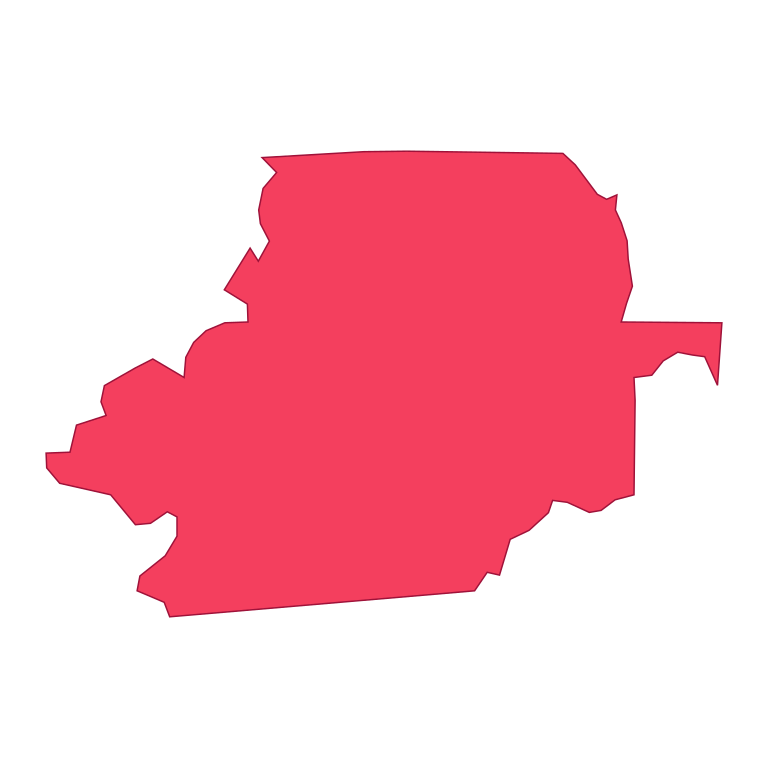 Fagundes Varela, Rio Grande do Sul, Brazil (Equal Earth projection)
{"feature_id": "56859067B34338588970082", "entity_name": "Fagundes Varela", "entity_type": "district", "adm_level": 2, "iso_a3": "BRA", "parent_name": "Brazil", "parent_adm1": "Rio Grande do Sul", "projection": "equal_earth", "projection_center": [-51.72, -28.886], "detail": "fine", "context": "isolated", "style": "filled", "palette": "rose", "viewbox_px": 768, "rotation_deg": 0, "n_neighbors": 0, "source": "geoboundaries", "source_scale": "gbopen_adm2", "svg_char_len": 1003}
<svg xmlns="http://www.w3.org/2000/svg" viewBox="0 0 768 768"><path d="M474.6,590.8L487.2,572.3L499.5,575.1L510.2,539.3L529.1,530.3L548.4,512.7L552.6,500.4L567.3,502.3L589.3,512.4L601.1,510.4L615.1,499.8L634.0,494.8L635.1,400.4L634.0,377.5L651.8,375.2L663.2,360.9L677.7,352.2L692.3,355.0L704.7,356.7L717.5,385.3L721.9,322.8L621.2,322.0L626.5,303.5L632.4,286.2L628.2,259.0L627.1,240.8L621.3,222.9L615.4,210.0L616.9,194.9L606.6,199.3L597.3,194.3L575.3,164.9L562.9,153.4L406.8,151.2L363.8,151.7L262.1,157.6L276.6,172.5L263.1,188.4L258.7,210.0L260.4,223.7L269.4,241.1L258.3,261.2L250.1,248.1L224.3,289.8L247.4,304.1L248.0,322.0L224.8,322.8L206.1,330.7L193.7,342.4L185.8,357.3L184.1,377.5L152.8,359.0L135.4,367.9L104.4,385.6L101.0,401.8L106.1,415.5L76.5,425.1L70.0,452.2L46.1,453.1L46.7,467.9L59.7,483.3L110.7,494.8L135.4,524.7L150.5,523.3L167.3,511.8L177.0,516.9L177.0,536.2L165.2,555.8L139.9,576.0L137.1,590.8L164.2,602.3L169.7,616.8L474.6,590.8Z" fill="#f43f5e" stroke="#9f1239" stroke-width="1.5"/></svg>